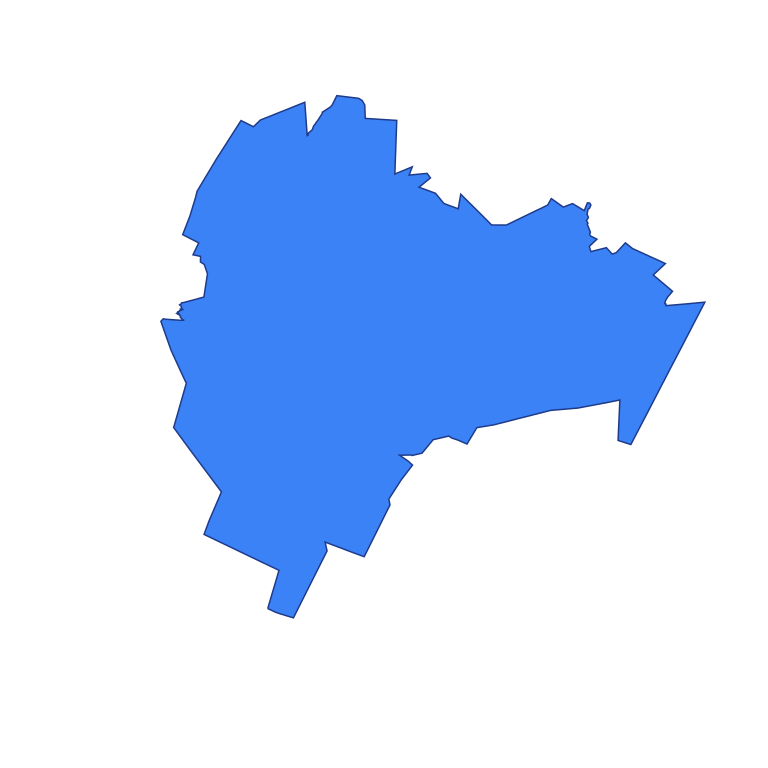 Arizpe, Sonora, Mexico, rotated 116°
{"feature_id": "50627088B18728896927729", "entity_name": "Arizpe", "entity_type": "district", "adm_level": 2, "iso_a3": "MEX", "parent_name": "Mexico", "parent_adm1": "Sonora", "projection": "albers", "projection_center": [-110.149, 30.441], "detail": "fine", "context": "isolated", "style": "filled", "palette": "blue", "viewbox_px": 768, "rotation_deg": 116, "n_neighbors": 0, "source": "geoboundaries", "source_scale": "gbopen_adm2", "svg_char_len": 4263}
<svg xmlns="http://www.w3.org/2000/svg" viewBox="0 0 768 768"><g transform="rotate(116 384 384)"><path d="M165.5,578.7L200.9,610.8L210.0,614.1L209.9,625.6L209.9,628.0L255.5,633.3L260.5,633.7L276.3,635.1L292.6,636.5L293.6,636.3L299.2,635.1L318.0,632.1L338.0,630.4L338.4,612.4L351.6,612.3L349.7,604.8L354.8,602.5L355.3,598.0L362.3,591.0L384.8,584.0L398.8,600.0L399.1,600.6L399.5,601.1L399.6,601.3L399.8,601.3L400.0,601.3L400.3,601.4L400.3,601.5L400.5,601.5L400.9,601.5L401.1,601.5L401.3,601.7L401.5,601.8L401.9,602.1L402.0,602.1L402.3,602.3L402.5,602.5L402.6,602.4L402.5,602.2L402.4,602.0L402.4,601.8L402.4,601.6L402.5,601.4L402.6,601.2L402.9,600.8L403.1,600.5L403.1,600.3L403.1,600.2L403.3,599.8L403.5,599.9L403.8,599.8L404.1,599.7L404.5,599.5L405.0,599.3L405.1,599.2L405.2,598.9L405.3,598.9L405.3,598.7L405.2,598.5L405.3,598.4L405.3,598.2L405.1,598.0L405.2,597.9L405.3,597.9L405.3,597.7L405.2,597.5L405.2,597.4L405.3,597.4L405.4,597.6L405.5,597.8L405.6,598.0L405.8,598.2L405.9,598.4L406.0,598.6L406.1,598.8L406.0,599.0L406.1,599.3L406.1,599.5L406.1,599.8L406.3,599.7L406.3,599.4L406.3,599.2L406.5,599.0L406.7,598.9L406.8,599.0L407.0,599.2L407.1,599.3L407.2,599.5L407.3,599.6L407.5,599.7L407.8,599.5L408.1,599.9L408.3,600.0L408.5,600.2L408.7,600.3L408.8,600.4L408.9,600.5L409.1,600.5L409.3,600.6L409.4,600.8L409.5,600.9L409.6,601.0L409.9,601.1L410.0,601.1L410.1,600.9L409.9,600.8L409.9,600.7L410.0,600.6L410.1,600.4L410.2,600.5L410.3,600.6L410.4,600.3L410.4,600.2L410.5,600.1L410.7,599.9L410.8,599.8L410.9,599.7L411.0,599.7L411.0,599.8L411.1,600.1L411.2,600.3L411.1,600.7L411.1,600.8L411.3,601.0L411.3,600.8L411.3,600.7L411.5,600.5L411.5,600.4L411.4,600.3L411.4,600.1L411.7,599.8L411.7,599.7L411.6,599.3L411.6,598.7L411.6,598.4L411.4,598.5L411.3,598.4L411.2,598.4L411.3,598.2L411.5,598.0L411.8,597.7L412.0,597.3L412.1,597.2L412.2,596.8L412.3,596.8L412.3,596.7L412.5,596.6L412.8,596.4L413.1,596.3L413.2,596.2L413.3,596.2L413.5,595.8L413.6,595.7L413.6,595.4L413.6,595.2L413.7,594.9L413.8,594.7L414.0,594.3L414.1,594.1L414.2,593.9L414.3,593.6L414.4,593.3L414.4,593.2L414.5,593.0L414.5,592.9L414.5,592.6L414.5,592.4L414.4,592.2L414.3,591.7L414.2,591.4L416.2,595.5L421.1,607.6L422.2,611.0L425.5,612.0L447.2,590.0L448.7,588.1L449.5,587.2L462.7,571.1L470.0,562.0L513.5,554.3L515.3,554.0L527.9,530.1L552.2,482.9L554.1,482.7L583.0,481.3L598.1,479.8L597.8,433.7L597.7,415.4L597.5,396.7L636.0,390.2L636.8,389.6L636.7,381.6L636.1,376.6L633.9,362.9L559.0,362.0L551.9,367.6L549.2,338.6L547.9,326.1L490.1,325.6L485.3,329.2L462.6,326.5L451.8,324.3L444.4,322.8L442.7,328.5L441.2,338.8L436.0,328.7L436.0,327.5L429.5,319.5L412.5,315.4L402.3,302.8L402.9,299.8L402.0,292.9L401.6,283.1L382.5,281.4L372.6,267.4L357.9,250.1L334.7,222.7L320.7,199.3L301.6,173.7L295.0,165.0L332.1,148.9L331.9,147.3L330.2,135.6L293.2,134.6L259.4,133.8L258.8,133.7L257.0,133.7L243.7,133.4L218.5,132.7L218.2,132.7L170.7,131.5L169.8,131.5L179.3,147.1L189.9,164.8L188.5,165.7L188.7,167.0L185.6,167.5L181.7,167.2L174.2,165.3L168.0,189.8L152.4,183.9L153.3,220.0L151.3,228.9L164.1,232.8L167.2,235.8L164.0,243.9L174.3,256.1L170.3,259.8L160.5,256.1L160.4,263.4L159.3,264.8L157.1,265.0L151.3,271.4L150.0,271.2L148.6,273.6L144.7,273.3L142.4,275.9L137.3,277.3L136.0,276.3L132.4,276.5L131.2,278.5L132.0,280.6L140.4,280.0L139.2,293.6L146.4,300.4L144.0,314.9L151.4,315.3L153.5,317.0L156.7,319.4L161.0,322.9L181.0,338.6L187.5,343.7L193.9,357.0L191.1,364.9L179.8,398.2L194.0,394.1L195.5,409.3L190.0,421.3L191.8,438.8L178.4,432.6L175.8,437.6L185.2,453.0L176.4,453.8L190.5,466.3L141.5,488.1L153.5,517.3L141.8,523.5L138.8,527.8L138.6,530.0L138.4,530.5L138.4,532.2L145.5,552.8L156.1,552.9L158.6,553.7L166.8,558.6L167.9,558.1L176.3,559.1L177.3,559.3L178.2,559.5L179.0,559.7L179.6,559.7L180.2,559.7L180.5,559.7L180.7,559.8L180.9,559.8L181.1,559.9L181.6,560.1L181.8,560.2L182.0,560.2L182.4,560.3L183.0,560.3L183.8,560.3L184.5,560.2L185.6,560.1L186.1,560.0L186.4,560.0L186.7,559.9L186.8,560.0L187.1,560.1L187.8,560.3L188.0,560.4L188.3,560.5L189.5,561.0L190.1,561.3L191.1,561.7L191.3,561.8L191.6,561.9L191.8,561.9L192.1,561.8L192.4,561.8L192.6,561.7L192.9,561.6L193.2,561.5L193.7,561.4L193.8,561.4L193.9,561.5L194.1,561.6L194.3,561.7L194.5,561.9L185.8,566.9L165.5,578.7Z" fill="#3b82f6" stroke="#1e3a8a" stroke-width="1.5"/></g></svg>